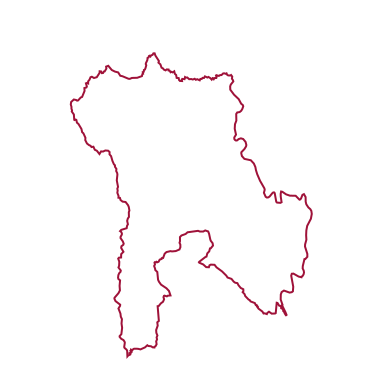 Anserma, Caldas, Colombia (Equal Earth projection), rotated 344°
{"feature_id": "7082276B96193110917166", "entity_name": "Anserma", "entity_type": "district", "adm_level": 2, "iso_a3": "COL", "parent_name": "Colombia", "parent_adm1": "Caldas", "projection": "equal_earth", "projection_center": [-75.766, 5.199], "detail": "fine", "context": "isolated", "style": "outline", "palette": "rose", "viewbox_px": 384, "rotation_deg": 344, "n_neighbors": 0, "source": "geoboundaries", "source_scale": "gbopen_adm2", "svg_char_len": 5972}
<svg xmlns="http://www.w3.org/2000/svg" viewBox="0 0 384 384"><g transform="rotate(344 192 192)"><path d="M301.1,246.1L301.5,243.1L301.0,241.1L299.6,238.9L298.5,235.4L298.6,232.7L299.8,228.2L299.0,224.9L297.4,225.2L295.1,228.2L294.1,229.0L293.2,229.0L290.6,224.2L285.1,222.5L281.8,220.2L278.9,216.7L277.8,216.1L276.7,218.3L276.0,221.1L275.3,226.5L274.0,226.8L270.8,225.6L270.3,224.6L271.2,215.9L270.9,215.1L270.0,214.8L269.0,215.2L265.4,217.7L263.9,218.2L262.5,218.0L261.5,216.9L260.9,212.6L262.5,209.9L262.6,208.5L260.5,200.0L259.6,192.9L259.5,188.5L259.8,185.5L259.3,181.7L257.3,177.7L251.5,174.6L249.9,171.2L250.0,168.5L250.4,167.4L254.3,165.1L256.5,163.1L257.2,161.8L257.3,158.6L255.8,155.2L253.8,153.9L251.3,154.0L249.8,154.8L248.5,154.7L247.6,153.7L247.3,152.7L247.7,151.2L250.1,149.0L250.5,143.0L252.0,138.7L254.3,135.6L256.0,129.2L257.4,128.0L259.8,128.3L261.7,127.5L263.3,126.0L264.9,123.7L264.8,122.4L263.6,120.7L262.5,115.6L259.2,110.0L257.0,104.2L257.8,101.0L258.9,99.4L262.2,97.1L262.2,95.9L261.6,94.1L262.5,92.1L261.8,90.3L261.0,90.6L258.9,89.9L258.1,89.0L257.9,87.5L257.0,87.7L255.9,86.9L254.7,86.6L252.6,87.7L251.3,87.4L249.8,87.8L247.6,86.4L247.1,86.8L247.4,88.1L246.8,89.1L245.0,88.7L244.1,89.5L243.8,88.5L243.3,88.2L241.9,89.4L241.1,87.7L239.5,85.9L238.3,86.2L236.3,84.4L234.9,85.7L233.6,85.2L232.5,86.0L231.2,85.6L230.2,86.8L228.1,85.0L226.6,85.2L225.8,83.9L223.8,84.1L222.4,83.2L220.4,82.8L219.0,80.6L217.7,80.4L217.0,79.6L215.9,81.5L213.8,80.6L213.1,81.2L213.0,82.6L211.0,81.9L210.4,80.7L210.6,78.8L208.7,78.1L209.0,75.1L208.1,73.7L208.2,71.1L206.4,71.7L205.4,70.8L204.4,71.0L204.0,69.3L203.0,68.8L203.2,67.8L201.5,67.2L200.1,67.8L198.7,66.6L198.1,65.1L197.0,64.1L196.8,60.6L195.4,58.4L196.3,57.0L194.4,50.7L194.3,48.4L193.1,48.1L191.9,49.3L190.3,49.4L189.4,50.3L188.7,49.3L188.0,49.5L187.3,50.7L186.2,50.9L185.5,52.8L183.1,55.6L182.8,56.4L183.0,57.5L181.5,60.0L180.5,61.3L179.4,61.5L178.8,63.1L177.7,63.2L177.6,64.9L176.8,65.0L175.8,66.8L170.8,67.1L165.7,65.8L163.4,66.1L162.1,65.6L157.0,61.5L155.1,60.5L154.0,56.7L151.1,55.0L148.5,52.6L146.3,47.6L144.0,47.8L143.7,49.8L141.3,52.0L140.5,51.9L139.3,53.1L138.1,52.9L137.9,51.1L136.5,50.5L136.0,52.0L132.1,55.4L129.2,55.4L127.5,53.6L126.1,53.7L124.4,55.8L122.7,57.0L122.1,59.0L121.2,58.2L120.0,58.3L120.0,61.6L119.3,62.4L117.2,62.4L116.6,65.2L112.6,70.3L111.1,70.5L107.7,72.6L106.7,72.5L106.1,71.7L103.9,70.5L100.6,72.2L99.6,74.5L99.6,76.9L99.1,78.7L99.2,80.5L98.6,81.5L99.8,84.9L98.7,90.2L99.0,90.5L100.2,90.3L100.7,90.9L100.5,93.6L101.6,95.3L103.1,100.9L102.9,104.2L103.8,105.7L104.5,110.5L103.7,112.7L104.4,116.4L105.9,118.5L107.2,119.6L107.8,121.1L109.7,121.3L110.2,124.6L111.9,126.1L113.5,130.0L115.8,127.9L117.6,128.6L120.1,128.2L122.8,129.2L123.8,130.9L123.1,133.1L124.1,135.2L124.1,140.3L124.6,143.9L125.3,145.1L124.9,146.5L125.7,149.0L124.9,150.9L125.3,153.2L125.1,154.7L122.9,160.1L122.3,166.7L121.1,168.3L121.0,170.0L120.0,172.2L120.3,175.6L119.7,177.2L121.1,177.8L121.1,180.0L122.6,182.1L125.4,183.3L126.9,187.1L127.1,189.0L126.7,192.6L125.7,194.0L124.5,198.6L123.0,199.8L121.7,201.9L121.5,205.4L120.3,206.5L119.2,208.8L113.6,208.9L112.1,209.8L112.9,210.8L113.2,212.4L112.8,213.6L111.0,215.4L110.6,216.6L111.9,220.4L112.1,222.8L111.4,223.8L109.2,224.7L108.5,226.2L109.6,230.6L106.8,232.2L105.8,235.4L103.6,235.0L102.7,235.7L102.9,239.0L101.6,242.8L100.5,244.3L101.9,247.8L101.3,249.0L99.6,250.0L98.3,251.6L97.3,254.0L97.3,255.4L98.5,257.1L96.5,262.3L95.6,266.7L93.4,269.0L88.4,272.3L88.0,273.2L88.4,275.8L91.9,280.5L91.5,281.6L89.2,283.7L89.7,289.2L89.2,292.2L89.6,294.9L88.0,299.0L87.4,303.3L84.9,309.2L82.7,310.6L82.5,311.3L83.5,313.6L85.3,315.4L85.9,317.3L85.9,318.3L84.1,322.3L84.2,323.3L85.7,325.6L85.9,326.8L84.6,332.2L85.5,331.6L87.9,331.2L88.6,330.1L87.8,329.6L89.7,329.1L89.2,328.0L89.8,328.0L89.6,327.3L89.9,326.7L90.9,327.7L92.3,326.8L93.2,326.7L96.8,327.8L99.1,329.1L104.0,328.4L106.8,327.0L107.6,328.0L110.1,329.0L111.4,330.5L113.0,331.1L113.3,330.4L114.4,330.2L116.0,328.6L116.4,325.7L117.8,324.0L117.9,322.0L119.2,320.4L118.9,317.6L119.5,314.8L122.2,311.0L122.7,307.7L124.6,306.8L127.5,292.3L128.6,292.4L131.3,290.5L133.9,289.5L135.6,287.4L135.6,285.2L136.4,284.1L136.9,284.0L139.1,285.4L140.1,285.0L142.8,285.5L142.6,280.8L140.9,277.5L136.7,272.5L135.5,269.1L135.2,267.0L136.6,259.3L135.2,256.9L135.4,255.4L135.2,252.7L136.4,251.5L136.5,249.5L136.9,249.2L138.2,249.7L138.6,249.3L139.3,250.0L140.7,249.8L142.3,248.1L144.3,248.0L144.5,247.4L145.2,247.1L146.1,247.4L148.7,243.8L150.9,242.7L155.0,242.9L156.4,243.6L160.1,244.3L164.1,243.8L165.6,241.9L166.3,239.3L166.0,237.4L166.9,236.0L168.0,232.0L169.9,230.9L174.3,230.6L176.6,229.5L187.1,231.0L188.7,232.2L191.9,233.1L194.1,232.6L196.7,234.4L196.9,236.9L196.5,242.7L196.6,244.1L197.7,246.9L197.4,249.3L194.5,251.3L193.7,251.2L192.2,253.8L189.8,255.2L188.1,258.1L186.9,258.2L179.9,261.0L179.3,261.4L179.5,262.0L182.8,264.7L184.9,268.1L187.5,269.0L188.6,267.3L190.1,267.0L193.6,268.2L194.8,271.2L199.0,276.6L201.9,281.8L202.6,284.0L206.0,286.4L207.4,289.7L208.5,291.1L210.5,292.1L211.0,294.5L212.4,297.7L214.5,299.6L214.1,301.4L213.1,302.2L214.4,304.7L214.5,306.7L216.8,311.1L217.6,311.7L218.1,313.3L221.8,316.1L222.1,318.2L222.5,318.7L223.0,318.6L223.6,320.4L223.1,320.5L223.8,322.5L226.7,326.3L227.3,328.5L228.3,328.6L230.3,330.0L231.1,329.0L233.0,328.3L235.1,330.9L238.4,331.7L239.1,331.5L242.9,321.8L243.6,322.2L244.4,325.2L246.1,326.4L245.7,328.3L246.6,329.0L247.1,330.4L246.9,331.7L247.4,332.3L247.7,334.5L248.3,336.4L248.6,336.4L249.0,336.2L248.7,333.2L247.3,325.5L247.9,325.3L247.6,319.8L249.1,315.0L250.6,312.9L253.2,312.1L258.1,315.6L260.3,315.8L261.6,315.3L263.2,311.0L264.3,299.8L265.4,298.1L267.0,298.4L271.2,302.7L273.7,304.1L274.0,303.5L274.9,303.4L276.5,302.0L277.5,300.2L277.7,298.3L277.3,296.0L278.1,293.7L281.6,287.5L282.4,287.7L285.0,286.1L285.8,283.3L285.6,275.6L286.3,273.5L288.8,269.4L289.8,265.0L291.3,260.5L293.4,256.3L298.9,250.5L301.1,246.1Z" fill="none" stroke="#9f1239" stroke-width="2"/></g></svg>